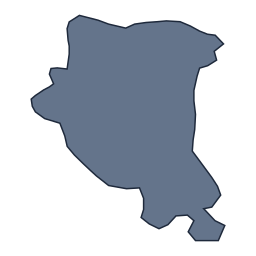 Prastio Ammochostou, Cyprus
{"feature_id": "46923920B46952699508518", "entity_name": "Prastio Ammochostou", "entity_type": "district", "adm_level": 2, "iso_a3": "CYP", "parent_name": "Cyprus", "parent_adm1": "", "projection": "robinson", "projection_center": [33.764, 35.159], "detail": "fine", "context": "isolated", "style": "filled", "palette": "slate", "viewbox_px": 256, "rotation_deg": 0, "n_neighbors": 0, "source": "geoboundaries", "source_scale": "gbopen_adm2", "svg_char_len": 959}
<svg xmlns="http://www.w3.org/2000/svg" viewBox="0 0 256 256"><path d="M44.7,118.6L59.9,123.2L64.8,136.0L67.2,146.4L74.5,155.1L83.5,163.9L90.5,170.5L96.4,175.9L108.6,185.5L126.5,188.7L139.5,187.9L143.6,198.3L143.6,209.5L141.1,217.5L149.2,223.9L159.0,228.7L167.9,224.7L176.0,215.9L187.4,215.1L193.9,220.7L188.2,231.8L195.5,240.6L206.9,240.6L218.3,240.6L224.8,225.5L215.0,220.7L203.7,208.7L211.8,207.1L220.7,195.1L217.5,186.3L211.8,177.5L201.2,163.1L192.3,151.1L193.1,140.0L194.7,129.6L195.5,114.4L193.9,100.8L193.9,90.4L197.1,76.1L199.6,68.1L207.7,65.7L216.6,60.1L214.2,51.3L223.5,43.9L215.2,35.2L207.4,34.2L199.6,31.1L190.3,26.0L180.1,21.7L166.3,20.9L157.4,21.7L146.0,22.5L134.6,24.1L125.7,28.1L108.6,24.1L98.1,20.2L79.4,15.4L69.2,21.9L67.1,28.6L68.1,40.3L69.2,46.0L69.2,54.1L67.1,69.0L57.2,67.9L51.0,68.5L49.4,74.1L53.6,83.8L49.4,86.9L43.7,89.9L35.4,95.5L31.2,99.1L32.3,106.3L35.4,111.9L44.7,118.6Z" fill="#64748b" stroke="#1e293b" stroke-width="1.5"/></svg>